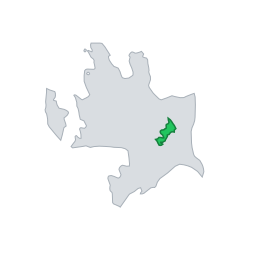 Şamaxı on a map of Azerbaijan (Natural Earth projection), rotated 37°
{"feature_id": "AZE-1716", "entity_name": "Şamaxı", "entity_type": "District", "adm_level": 1, "iso_a3": "AZE", "parent_name": "Azerbaijan", "parent_adm1": "", "projection": "natural_earth1", "projection_center": [48.613, 40.608], "detail": "fine", "context": "in_parent", "style": "filled", "palette": "green", "viewbox_px": 256, "rotation_deg": 37, "n_neighbors": 0, "source": "natural_earth", "source_scale": "10m", "svg_char_len": 4021}
<svg xmlns="http://www.w3.org/2000/svg" viewBox="0 0 256 256"><g transform="rotate(37 128 128)"><path d="M169.4,195.9L168.5,195.8L162.0,197.3L160.6,196.8L155.0,189.9L153.9,189.1L151.5,188.8L150.1,187.6L148.9,185.8L148.3,184.4L142.5,180.6L141.6,179.2L141.5,178.0L142.4,176.9L143.3,176.0L146.2,175.0L149.5,174.2L150.5,173.7L151.1,172.6L151.0,171.0L150.5,169.5L145.8,166.6L145.2,165.3L145.1,163.8L145.4,162.2L146.1,161.0L150.0,159.3L152.0,157.5L150.7,155.6L146.6,151.1L141.7,146.2L138.4,146.2L134.6,147.6L128.5,151.8L125.2,153.6L120.8,156.5L116.0,159.8L112.0,163.3L109.6,166.2L105.2,167.5L103.0,169.9L95.7,177.2L93.7,177.1L93.6,173.5L93.7,170.6L93.2,169.0L90.9,166.7L90.9,165.8L91.5,165.1L93.3,165.5L95.6,165.4L96.7,164.5L94.3,161.5L92.1,159.5L90.2,158.2L89.8,157.4L89.8,156.8L90.2,156.1L93.4,154.5L93.8,153.0L93.6,151.3L88.5,148.8L84.7,149.8L81.3,147.0L79.1,144.8L76.4,142.5L74.0,141.3L71.7,138.4L67.7,135.4L65.1,134.5L65.1,134.1L65.6,133.5L66.7,133.1L73.9,133.2L74.8,132.7L75.3,131.4L76.3,129.5L77.5,126.7L77.4,124.4L70.2,120.6L64.9,117.1L61.4,112.5L58.9,108.3L59.0,106.9L59.8,105.6L65.4,101.7L65.8,100.7L65.7,100.0L63.7,98.1L61.2,96.0L60.4,94.5L58.9,93.8L55.9,93.7L50.6,91.2L49.5,91.0L49.2,90.5L49.5,90.0L53.3,88.9L53.2,88.1L52.1,87.0L50.0,86.2L48.1,84.2L47.4,82.4L54.3,77.2L56.3,76.1L60.7,77.1L70.0,80.6L69.3,82.5L70.2,83.6L72.3,85.1L76.4,86.6L79.8,87.3L81.6,86.7L84.2,86.1L87.7,87.8L90.8,90.0L92.4,90.9L93.3,91.2L95.7,90.4L98.6,87.6L99.8,84.2L100.1,82.6L98.4,80.3L95.0,77.9L91.1,75.7L88.6,73.8L87.0,70.1L85.4,69.7L85.0,69.2L84.8,67.9L84.9,66.1L85.4,64.8L87.0,64.2L88.6,64.0L90.0,62.7L91.9,60.1L92.6,58.7L96.0,59.5L96.5,61.8L97.1,62.3L98.5,62.0L100.8,61.0L102.7,61.8L105.0,64.5L108.3,67.4L110.1,69.3L110.8,70.7L112.5,72.0L115.0,73.5L116.9,75.9L118.7,81.5L120.4,82.8L126.8,84.9L129.1,85.3L135.4,86.1L137.6,85.5L140.8,80.7L143.7,75.8L146.5,74.7L151.4,72.4L154.3,70.1L155.5,67.7L158.3,63.1L160.0,60.5L162.9,62.8L167.9,69.0L175.1,79.1L176.8,82.0L178.0,85.3L179.0,89.4L180.6,92.9L187.9,101.9L191.1,105.2L196.2,109.5L198.1,110.5L200.5,110.7L204.9,110.7L208.9,112.4L210.9,113.6L213.0,115.3L214.9,117.3L216.8,122.5L209.7,120.8L202.6,121.1L198.6,122.2L194.7,123.8L191.0,125.9L188.7,130.2L186.7,140.0L183.9,149.2L184.0,153.5L185.3,157.6L185.1,159.5L183.8,160.3L182.2,162.1L180.0,170.5L178.9,172.2L177.5,173.2L177.1,172.2L177.1,170.0L174.0,168.1L172.4,170.3L171.3,174.9L169.0,179.8L168.9,180.7L169.4,195.9ZM64.5,109.2L64.8,107.9L63.9,107.3L63.0,107.2L62.2,107.9L62.2,109.5L63.3,109.8L64.5,109.2ZM40.7,147.5L39.7,146.2L39.2,145.4L42.4,144.8L47.6,143.0L49.0,143.9L50.5,145.7L51.3,147.3L51.4,150.2L52.0,150.7L54.5,149.7L55.7,150.9L57.6,152.3L61.0,153.7L65.9,151.5L68.3,151.0L70.3,151.0L71.4,151.7L71.8,154.0L71.3,156.8L70.8,158.3L71.8,159.5L75.8,162.2L77.4,163.7L76.6,166.3L79.5,172.7L80.5,175.2L81.7,178.3L75.5,177.1L64.5,174.5L61.5,173.1L58.7,169.6L57.0,167.9L54.5,165.7L52.4,164.8L50.8,163.3L50.0,161.0L48.7,159.0L46.4,156.6L41.4,148.4L40.7,147.5ZM48.0,92.9L47.3,93.3L46.3,92.9L46.0,91.9L46.0,90.8L47.1,90.6L47.9,90.9L48.2,91.8L48.0,92.9Z" fill="#d9dde1" stroke="#a8b0b8" stroke-width="1"/><path d="M165.5,120.0L165.1,121.5L164.2,122.5L163.1,123.0L162.1,122.5L160.7,121.9L159.4,121.1L158.1,120.8L156.9,120.5L157.6,119.7L158.2,118.9L158.3,117.9L158.4,116.9L159.8,115.9L161.4,115.2L162.0,114.9L162.5,114.3L162.0,113.9L161.3,113.6L160.6,113.1L160.0,112.8L158.9,112.7L157.8,112.7L156.6,112.2L155.7,111.1L156.0,109.5L157.4,108.2L157.6,107.9L157.8,107.6L157.9,107.2L157.8,106.9L158.2,106.1L158.6,105.4L158.0,104.2L157.0,103.2L156.8,102.7L156.5,102.1L157.5,100.4L157.3,98.7L155.6,97.5L154.2,96.0L156.8,96.0L159.2,96.7L161.3,97.5L163.4,98.1L165.0,98.9L166.6,99.7L166.2,101.7L167.4,103.4L166.1,104.1L165.0,105.0L164.6,106.7L164.7,108.4L164.1,109.2L163.6,109.9L163.9,110.4L164.4,110.8L164.6,111.5L164.6,112.2L164.8,113.0L164.9,113.9L164.9,114.6L165.0,115.2L165.4,115.7L165.2,116.4L164.8,117.1L164.5,117.8L164.3,118.6L163.7,119.1L162.8,119.5L163.0,120.1L164.3,120.1L165.5,120.0Z" fill="#22c55e" stroke="#15803d" stroke-width="1.5"/></g></svg>